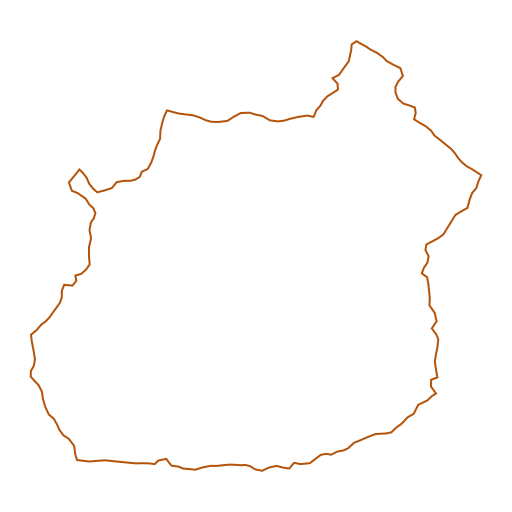 the district of Morro do Pilar, Minas Gerais, Brazil
{"feature_id": "56859067B30206085478303", "entity_name": "Morro do Pilar", "entity_type": "district", "adm_level": 2, "iso_a3": "BRA", "parent_name": "Brazil", "parent_adm1": "Minas Gerais", "projection": "orthographic", "projection_center": [-43.405, -19.218], "detail": "fine", "context": "isolated", "style": "outline", "palette": "amber", "viewbox_px": 512, "rotation_deg": 0, "n_neighbors": 0, "source": "geoboundaries", "source_scale": "gbopen_adm2", "svg_char_len": 2872}
<svg xmlns="http://www.w3.org/2000/svg" viewBox="0 0 512 512"><path d="M79.4,169.5L74.0,176.3L68.9,182.4L71.8,190.7L77.8,193.2L85.6,198.6L89.3,204.5L93.3,208.2L95.4,213.2L93.8,218.3L90.9,222.4L89.5,230.0L91.1,238.4L89.0,247.1L89.0,256.8L89.7,264.4L86.1,269.5L81.3,273.8L75.4,275.6L76.3,280.8L72.4,285.6L64.2,284.8L61.8,290.9L61.8,297.4L60.0,302.6L56.7,307.3L52.5,313.1L49.4,317.5L45.8,321.2L41.4,324.5L36.5,330.2L31.0,334.7L31.7,340.9L32.8,346.6L33.8,352.0L35.0,359.3L33.8,365.9L30.9,370.9L30.7,376.6L34.4,380.8L38.7,385.3L41.9,391.7L43.0,399.1L45.1,406.5L48.9,414.6L53.7,418.6L56.9,424.2L59.3,429.6L63.3,435.2L68.9,438.9L74.2,446.0L75.2,454.2L77.1,460.1L84.3,460.9L89.3,461.5L96.5,460.9L105.1,460.3L113.3,461.2L121.8,462.0L130.5,462.9L136.3,463.4L142.1,463.2L149.6,463.4L154.6,464.1L158.4,460.5L166.2,458.9L171.5,465.7L178.6,466.6L183.2,468.6L188.8,469.0L195.4,469.7L202.6,467.4L210.3,465.9L216.7,465.9L223.2,465.2L229.6,464.6L234.9,464.8L240.5,465.2L245.6,465.0L250.4,466.3L255.0,469.3L262.1,470.8L269.3,467.4L276.7,465.9L283.4,467.7L289.2,468.5L294.1,462.8L300.4,464.1L309.8,463.2L315.0,459.2L320.7,454.9L326.1,453.8L331.2,454.7L337.2,451.6L343.6,450.4L348.2,448.2L354.0,442.8L361.4,439.8L367.6,437.1L375.6,434.0L385.7,433.5L391.3,432.4L395.8,427.9L402.0,423.4L407.5,417.4L413.7,413.8L418.2,404.8L427.3,400.5L431.6,396.3L436.0,393.5L431.0,386.6L431.1,379.8L437.4,377.4L435.9,368.9L434.8,361.6L435.9,354.7L437.4,347.4L438.3,339.2L436.1,334.2L431.8,328.4L436.6,321.4L434.7,312.9L429.4,305.3L429.8,298.5L429.2,292.0L428.4,284.4L427.1,277.2L421.8,273.4L423.9,267.8L427.4,262.6L428.6,256.2L425.4,250.0L426.4,244.4L433.0,241.0L438.3,238.1L443.3,234.5L447.2,228.2L451.9,220.6L455.4,215.0L461.3,211.3L467.4,207.9L469.7,199.4L472.2,192.9L476.2,188.2L478.6,180.9L481.3,175.2L472.2,169.3L466.6,166.2L461.8,162.2L458.1,158.0L454.9,153.2L451.2,149.0L445.6,144.4L439.7,139.6L434.6,135.7L431.2,130.8L426.1,126.5L419.0,122.4L414.1,119.3L415.7,113.0L414.9,107.6L410.1,105.7L403.4,103.6L397.9,98.9L395.5,92.6L395.4,87.4L397.9,82.0L402.9,76.0L400.3,68.1L392.8,64.5L386.4,60.8L382.9,57.1L377.1,52.9L370.7,49.7L365.9,46.4L361.0,43.8L356.5,41.2L351.7,44.4L351.1,50.6L349.9,56.0L348.7,61.4L343.9,67.9L338.9,74.9L332.5,78.2L337.6,83.7L337.9,89.6L332.5,93.2L327.7,96.1L323.3,100.5L320.4,105.7L316.3,110.4L313.6,116.9L307.4,115.6L298.3,116.9L289.8,118.9L283.9,120.7L277.8,121.4L269.8,120.3L262.6,116.0L256.0,114.7L249.5,112.7L240.9,113.0L233.8,116.7L227.4,120.9L218.3,122.0L211.4,121.8L206.0,120.3L199.3,117.3L193.0,115.3L185.5,114.4L179.1,113.6L173.2,112.1L167.1,110.4L164.4,115.8L162.2,122.9L160.4,131.0L160.1,138.9L157.2,144.7L154.9,150.8L153.5,156.4L151.1,162.9L147.7,169.0L141.8,171.7L139.7,176.9L135.1,179.7L130.3,180.8L123.9,180.8L116.7,182.2L111.8,188.1L105.0,190.3L97.2,192.3L93.2,188.7L89.3,183.9L86.6,177.7L83.0,173.0L79.4,169.5Z" fill="none" stroke="#b45309" stroke-width="2"/></svg>